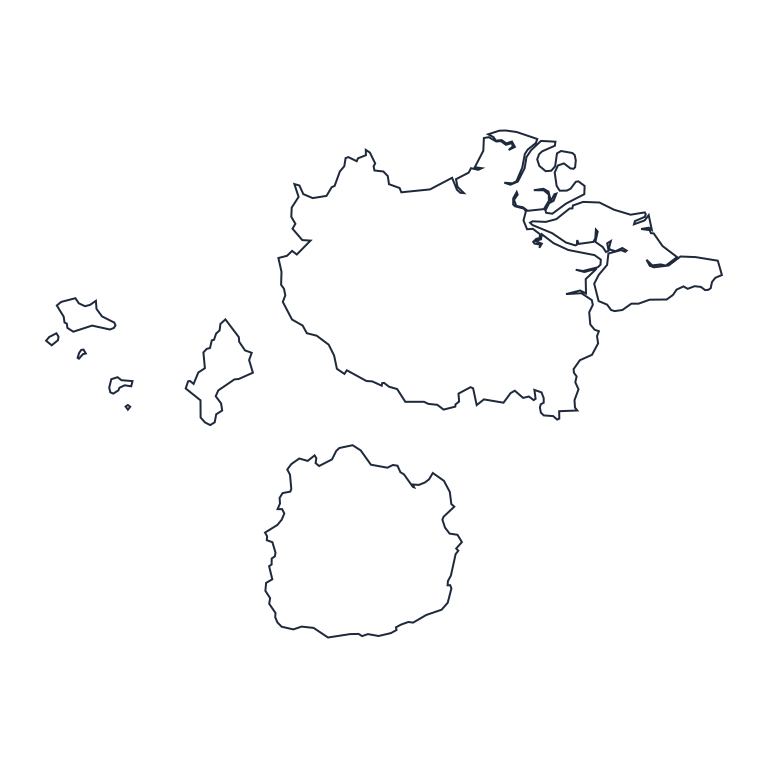 the district of Amapala, Valle, Honduras
{"feature_id": "27666195B15608241098476", "entity_name": "Amapala", "entity_type": "district", "adm_level": 2, "iso_a3": "HND", "parent_name": "Honduras", "parent_adm1": "Valle", "projection": "mercator", "projection_center": [-87.621, 13.313], "detail": "fine", "context": "isolated", "style": "outline", "palette": "slate", "viewbox_px": 768, "rotation_deg": 0, "n_neighbors": 0, "source": "geoboundaries", "source_scale": "gbopen_adm2", "svg_char_len": 6105}
<svg xmlns="http://www.w3.org/2000/svg" viewBox="0 0 768 768"><path d="M592.0,354.8L598.1,343.4L597.0,336.1L598.9,331.2L594.6,329.7L590.3,324.5L589.2,312.3L592.8,304.9L591.8,300.1L581.4,293.2L566.0,294.1L580.1,290.5L586.0,293.4L585.7,279.1L596.6,268.7L584.2,272.0L575.7,269.7L583.0,271.0L597.7,267.3L600.5,264.7L600.8,259.6L594.5,255.1L568.3,250.0L553.6,243.2L541.9,234.3L541.0,239.3L535.3,241.1L541.8,243.7L539.4,247.8L540.2,244.6L534.5,243.6L533.2,241.9L536.3,238.8L539.5,238.1L540.1,234.3L532.8,228.8L527.1,229.3L523.5,220.5L525.9,211.3L523.9,208.6L515.1,206.3L513.2,204.6L513.2,198.4L516.7,192.0L517.7,194.6L514.0,199.9L516.3,205.9L523.0,207.3L527.7,210.8L543.9,209.1L548.9,200.8L548.8,194.5L543.7,190.3L533.8,190.2L543.5,188.8L548.5,191.6L550.8,201.0L554.5,194.2L556.4,193.6L553.6,200.8L549.1,203.2L545.4,210.5L546.2,212.8L552.3,213.7L566.2,203.5L584.3,194.2L584.6,185.9L578.3,181.3L575.8,181.8L570.6,188.7L566.9,190.6L559.7,190.7L556.6,185.8L554.7,172.5L557.9,165.5L563.9,163.4L570.4,168.4L573.6,168.8L575.1,167.2L575.8,160.4L574.7,155.1L572.4,153.0L561.1,151.0L557.0,153.4L555.1,166.3L551.3,170.7L545.7,171.2L539.3,165.9L537.2,159.4L539.1,154.2L542.2,151.3L554.9,145.7L555.4,141.7L541.0,140.9L531.1,150.2L526.5,157.0L524.6,168.3L517.8,181.6L510.4,184.7L504.3,182.7L512.4,183.3L516.4,181.3L522.3,167.5L524.8,154.1L527.7,149.6L535.8,143.1L537.3,139.0L516.6,132.0L505.7,130.5L499.2,130.7L488.2,134.3L493.5,137.1L495.9,140.7L501.6,140.1L506.3,143.4L511.9,141.5L514.9,146.9L508.7,150.0L512.8,146.4L511.9,143.1L505.9,144.8L500.9,141.1L496.3,141.5L488.8,137.2L483.9,138.0L483.3,150.8L474.8,167.2L481.8,168.2L478.2,169.8L471.0,168.2L468.7,172.6L456.0,179.2L457.5,186.8L463.9,193.1L460.3,192.8L456.9,189.7L452.1,177.8L430.0,189.4L401.3,192.3L399.6,188.0L389.0,184.2L387.8,176.1L383.4,171.5L374.5,170.5L373.6,166.3L375.2,163.5L369.9,152.6L365.8,149.9L365.9,155.2L358.0,158.3L356.7,161.2L348.3,157.1L345.6,158.1L344.3,166.2L339.9,171.4L334.6,185.9L331.7,187.2L326.5,195.9L312.7,198.1L303.3,194.1L299.4,185.5L294.4,184.1L298.6,196.9L291.7,207.6L291.3,216.8L295.4,223.8L292.5,228.7L302.3,240.1L310.5,240.6L296.8,254.5L292.1,250.9L287.0,255.8L278.4,258.0L281.5,271.8L281.1,284.8L284.0,288.8L285.3,295.4L282.8,301.9L292.0,319.5L302.7,325.6L306.8,333.2L316.7,335.7L328.7,344.7L334.1,355.5L336.9,368.8L344.4,373.9L346.9,370.3L366.4,381.0L372.3,381.4L381.7,385.7L382.2,383.1L384.1,382.9L389.0,386.7L397.2,389.1L405.3,401.8L424.0,401.8L428.4,403.9L437.3,404.8L443.6,409.6L455.3,406.6L455.5,404.4L459.1,401.6L458.5,393.6L470.5,387.2L473.1,388.3L476.7,405.1L483.9,399.4L503.5,402.7L510.6,393.1L514.8,390.7L523.1,397.9L528.9,396.5L533.7,400.1L535.6,398.8L534.4,389.9L541.5,392.4L543.7,398.1L543.7,402.7L540.7,404.4L539.9,407.5L540.9,412.7L543.7,415.4L553.2,416.1L557.2,419.6L559.3,418.6L559.2,411.2L577.3,410.5L575.0,407.6L574.5,400.2L578.5,389.3L575.3,382.3L576.6,376.4L573.9,372.7L573.6,369.1L579.9,360.2L592.0,354.8ZM390.9,633.1L396.5,630.0L396.0,627.3L401.0,624.6L408.3,622.0L413.1,622.6L426.2,615.0L441.6,609.7L447.7,602.8L451.4,588.5L450.2,585.2L447.6,585.3L447.9,581.1L450.9,575.6L455.6,554.2L458.3,550.7L456.2,548.5L461.9,542.1L457.5,534.8L449.6,533.6L445.0,527.6L442.4,519.7L443.7,516.6L454.3,506.7L451.3,504.0L449.8,491.9L443.9,480.8L432.8,473.0L429.0,479.4L424.9,482.5L418.9,484.9L412.7,484.5L414.1,487.3L412.8,486.8L404.0,474.4L400.4,472.2L397.5,465.7L392.9,465.0L387.4,467.7L370.9,464.7L360.7,450.4L352.6,445.2L339.4,448.0L336.3,450.8L332.0,459.4L319.1,466.0L315.6,463.1L316.3,458.1L314.6,455.4L307.7,460.9L299.2,458.5L291.2,464.2L287.3,469.5L290.0,474.7L291.3,489.0L290.3,491.6L282.6,493.1L279.6,497.9L280.0,503.5L277.6,509.1L282.1,509.1L284.3,513.5L281.7,519.7L277.3,525.0L265.0,532.6L267.1,536.2L266.8,540.2L272.4,542.2L275.5,552.7L274.9,556.3L271.7,558.5L271.6,564.5L269.1,566.2L272.3,579.3L266.1,582.9L265.4,590.9L270.1,598.1L269.2,603.8L275.5,613.0L275.2,617.2L277.4,622.4L281.6,626.7L293.3,629.4L301.6,626.6L313.6,627.9L328.0,637.5L350.1,634.1L358.6,633.9L362.1,636.1L367.9,634.1L378.6,636.0L390.9,633.1ZM530.1,222.7L532.4,225.0L552.2,233.2L565.9,242.5L575.3,245.4L576.8,244.8L577.2,240.1L578.8,243.9L593.3,241.9L595.3,238.4L595.9,229.6L597.7,231.5L595.4,241.9L602.7,247.0L606.0,252.0L608.6,250.7L607.2,243.3L610.8,241.1L609.0,248.0L610.3,249.7L615.6,251.2L622.3,248.0L626.6,250.6L625.2,251.8L621.1,250.1L608.4,253.5L607.1,264.9L598.8,274.8L594.2,283.7L598.6,301.1L607.1,304.6L611.1,310.0L614.6,311.1L622.4,310.0L631.3,303.7L638.5,303.7L649.6,299.7L666.7,299.5L673.0,294.9L676.6,289.6L683.5,286.4L687.7,288.8L694.6,286.2L700.9,286.9L705.1,290.1L708.4,289.8L710.7,288.2L712.0,282.0L715.3,277.8L721.9,275.0L717.8,260.7L695.6,257.1L680.5,256.5L668.6,265.5L653.9,267.3L649.8,265.8L646.5,259.8L652.3,265.4L660.7,264.4L665.8,265.6L677.1,257.1L662.5,246.0L653.7,233.4L651.0,233.2L649.6,230.1L641.1,229.0L648.9,227.7L651.8,229.8L648.7,215.1L644.7,220.4L634.0,224.3L634.9,221.1L644.7,216.9L645.8,214.2L644.8,212.4L630.6,214.7L614.0,209.7L599.4,202.5L583.1,201.9L572.9,205.5L572.4,208.4L569.6,208.5L556.4,219.1L545.7,221.9L532.5,221.3L530.1,222.7ZM203.4,352.4L204.9,368.2L198.3,372.5L193.6,383.9L190.0,381.0L188.1,381.3L185.7,388.5L200.5,400.3L200.6,417.5L205.0,422.4L210.2,425.1L214.7,422.3L216.2,414.3L222.2,410.5L221.1,403.4L215.7,396.2L218.3,390.4L234.4,379.4L238.7,379.0L252.9,372.7L249.1,360.1L251.7,352.8L245.0,350.4L239.2,341.8L238.8,337.1L225.4,319.4L220.4,324.0L219.6,330.4L216.1,333.6L214.0,339.8L211.8,340.3L210.0,348.0L206.7,348.9L203.4,352.4ZM66.8,323.6L67.4,327.9L73.3,331.7L92.1,325.6L109.9,329.5L113.8,328.0L115.5,325.4L114.3,322.6L102.0,316.4L96.5,308.9L95.9,300.8L90.0,304.9L85.0,306.2L78.8,303.3L75.4,298.2L61.2,301.9L56.8,305.5L63.7,316.7L64.5,322.5L66.8,323.6ZM113.3,393.6L118.4,390.4L119.4,387.8L124.7,385.3L131.2,386.3L132.5,381.1L121.4,380.2L117.6,377.2L111.3,379.2L109.2,387.6L110.3,392.3L113.3,393.6ZM51.7,345.3L58.0,340.2L58.5,336.6L56.4,333.3L49.2,337.0L46.1,340.7L51.7,345.3ZM78.9,358.7L83.0,354.1L85.8,353.5L83.5,349.6L81.3,349.9L79.2,352.8L77.6,357.8L78.9,358.7ZM127.9,409.7L130.2,406.8L127.9,405.0L125.6,406.5L127.9,409.7Z" fill="none" stroke="#1e293b" stroke-width="2"/></svg>